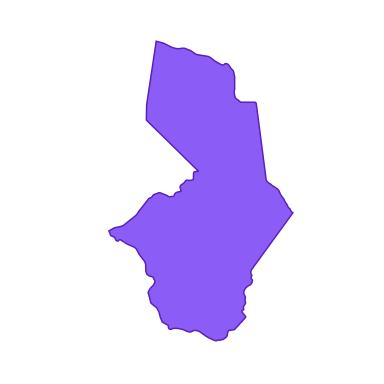 an SVG outline of Ogooué-Ivindo, rotated 125°
{"feature_id": "GAB-2186", "entity_name": "Ogooué-Ivindo", "entity_type": "Province", "adm_level": 1, "iso_a3": "GAB", "parent_name": "Gabon", "parent_adm1": "", "projection": "equal_earth", "projection_center": [13.011, 0.34], "detail": "fine", "context": "isolated", "style": "filled", "palette": "violet", "viewbox_px": 384, "rotation_deg": 125, "n_neighbors": 0, "source": "natural_earth", "source_scale": "10m", "svg_char_len": 3244}
<svg xmlns="http://www.w3.org/2000/svg" viewBox="0 0 384 384"><g transform="rotate(125 192 192)"><path d="M216.4,98.6L217.2,98.8L218.8,98.5L221.5,98.7L223.2,98.3L224.6,97.4L226.1,95.0L227.5,94.8L228.8,94.3L229.3,92.4L230.0,91.6L231.5,91.0L233.2,90.8L234.4,90.9L237.1,92.3L239.6,92.9L241.9,92.9L244.6,92.2L245.6,91.2L247.4,88.0L250.2,86.5L251.2,85.4L252.3,84.4L253.9,84.2L254.6,84.2L255.4,84.2L256.8,83.8L257.3,83.5L258.2,82.5L258.8,82.2L259.2,82.3L260.1,82.9L260.3,83.0L261.2,82.6L261.4,82.4L262.4,79.8L263.1,77.1L263.2,76.6L264.3,76.2L279.1,78.1L280.5,78.5L281.9,79.7L283.1,81.2L284.3,82.4L286.0,82.5L288.8,81.1L290.2,80.6L291.8,80.8L294.9,81.9L295.6,82.5L296.1,83.2L296.7,83.8L297.6,84.1L297.7,84.6L297.8,85.2L298.5,85.8L299.4,86.3L300.2,87.2L300.7,88.4L301.9,95.0L302.1,97.8L302.0,105.7L302.7,108.4L303.9,110.6L307.6,113.0L308.7,115.1L309.9,120.6L310.8,123.0L311.9,125.3L313.2,127.4L314.7,129.3L316.6,130.5L317.2,131.4L317.1,132.8L316.3,133.8L315.4,134.6L314.8,135.4L315.1,136.7L315.6,141.7L312.9,146.0L309.3,150.2L307.0,154.6L306.8,160.0L306.3,162.3L300.4,169.1L300.2,169.6L299.7,170.1L298.6,170.6L294.7,170.9L290.3,170.2L286.4,170.9L284.0,175.4L284.9,177.6L285.4,179.8L285.1,182.0L283.6,184.2L277.8,188.5L276.1,190.9L273.4,199.4L270.7,204.7L270.3,207.2L270.7,209.9L271.5,213.2L271.9,215.8L272.2,223.4L272.7,224.1L273.6,224.2L274.6,224.4L275.2,225.7L275.1,226.8L273.9,228.7L273.6,229.8L273.8,231.3L274.2,232.5L274.2,233.6L273.4,235.0L272.6,236.0L271.6,237.8L265.8,235.0L261.9,231.3L260.2,229.9L258.7,229.0L243.0,224.4L241.8,224.3L238.7,224.5L224.0,223.7L222.4,223.7L221.8,223.5L220.9,223.0L220.2,222.4L219.3,222.0L217.2,222.1L216.3,221.9L215.4,221.4L214.6,220.7L211.6,218.7L211.1,217.9L210.7,216.9L209.2,210.5L209.1,208.4L208.8,207.6L207.5,206.3L206.4,204.9L205.7,204.5L203.4,205.0L202.7,205.0L202.0,204.8L201.6,204.6L200.9,204.2L199.4,203.0L198.2,201.7L197.5,201.4L195.3,204.2L194.4,204.8L193.2,205.1L192.3,204.9L189.9,204.0L188.0,203.6L186.6,203.7L185.6,203.4L184.9,202.6L184.5,201.6L183.9,200.7L183.3,200.0L182.6,199.1L181.8,198.5L180.8,198.2L175.6,201.6L174.9,201.8L174.1,201.6L173.4,201.0L172.7,200.2L172.1,199.3L171.6,198.8L171.2,199.1L159.3,270.6L146.9,279.0L89.0,307.8L86.6,301.1L86.3,300.0L85.1,291.5L83.9,288.1L83.0,286.2L82.3,285.2L79.4,281.9L78.7,280.9L78.3,279.7L77.0,274.3L76.9,272.7L77.0,270.0L76.9,268.3L76.7,266.9L76.2,265.9L72.2,257.6L71.7,256.6L71.5,255.6L71.4,254.5L71.4,252.0L71.6,249.0L71.3,244.2L70.7,240.6L70.4,239.8L69.9,239.2L69.2,238.8L68.4,238.7L67.8,238.4L67.3,237.9L67.1,237.4L66.8,236.5L66.8,235.6L67.0,234.5L68.3,231.2L69.0,227.9L69.6,226.9L71.6,224.9L72.8,223.4L83.8,215.7L85.2,215.4L86.0,214.9L87.1,213.7L88.1,212.8L89.6,211.1L90.1,210.0L90.3,208.6L90.2,207.1L90.6,203.7L82.6,192.3L82.2,191.4L82.3,190.8L82.9,189.9L139.4,138.3L140.0,137.4L140.3,136.5L140.7,133.6L140.7,133.2L140.5,132.7L140.4,132.2L140.5,131.7L140.7,130.6L140.7,129.9L140.5,126.0L140.5,123.9L140.8,122.2L140.9,121.9L143.2,118.1L143.8,116.7L144.7,114.1L144.8,113.6L145.0,113.1L145.2,112.5L146.4,110.6L146.6,110.2L148.1,106.3L149.1,104.9L149.4,104.4L149.4,104.1L149.6,102.7L149.6,102.3L149.7,101.9L149.9,101.5L150.8,100.0L151.0,99.7L151.1,99.3L151.2,98.3L151.2,97.4L216.4,98.6Z" fill="#8b5cf6" stroke="#5b21b6" stroke-width="1.5"/></g></svg>